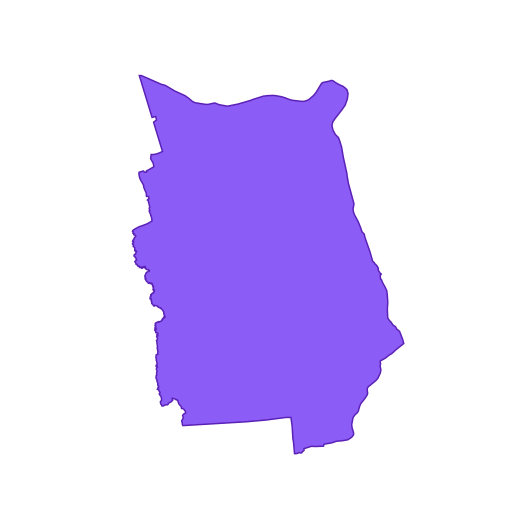 Sai Ngam, Kamphaeng Phet, Thailand, rotated 257°
{"feature_id": "78962969B50416991150341", "entity_name": "Sai Ngam", "entity_type": "district", "adm_level": 2, "iso_a3": "THA", "parent_name": "Thailand", "parent_adm1": "Kamphaeng Phet", "projection": "mercator", "projection_center": [99.833, 16.445], "detail": "fine", "context": "isolated", "style": "filled", "palette": "violet", "viewbox_px": 512, "rotation_deg": 257, "n_neighbors": 0, "source": "geoboundaries", "source_scale": "gbopen_adm2", "svg_char_len": 6130}
<svg xmlns="http://www.w3.org/2000/svg" viewBox="0 0 512 512"><g transform="rotate(257 256 256)"><path d="M107.2,146.6L96.7,209.0L94.0,228.3L91.9,249.3L90.8,253.7L82.5,253.0L69.3,250.8L68.4,250.7L68.1,250.9L54.7,249.1L54.3,251.8L54.7,253.9L54.0,255.2L53.9,256.2L54.9,257.3L55.7,259.0L57.5,259.5L58.1,267.2L57.0,271.1L55.5,279.0L57.3,280.0L56.9,287.8L57.4,292.9L56.6,298.2L56.3,303.5L56.4,304.6L57.8,308.3L58.7,309.6L60.1,311.0L62.4,311.3L66.9,311.0L70.1,311.3L76.1,313.9L77.2,314.7L78.6,316.2L80.6,319.5L82.0,320.9L86.3,323.2L88.4,324.7L92.3,329.6L95.2,332.7L97.0,333.9L101.0,334.3L102.8,335.3L103.5,336.3L107.0,343.5L108.1,345.4L109.6,347.4L113.9,350.7L116.4,351.9L118.3,352.2L120.7,352.1L122.8,353.1L125.1,353.2L125.8,353.6L127.4,359.1L129.4,363.2L130.4,366.4L133.3,371.5L137.5,380.3L142.2,380.1L149.9,379.0L150.8,378.6L153.1,376.7L155.8,376.0L158.0,373.8L161.1,372.8L162.7,371.7L166.0,370.4L174.6,372.0L181.3,374.0L188.8,375.2L192.9,375.6L197.0,374.7L200.6,373.6L205.0,372.8L205.4,372.2L207.5,372.4L209.5,372.8L210.0,373.9L210.5,373.8L211.3,373.1L214.5,372.0L216.8,372.4L219.1,371.7L221.0,370.7L221.5,370.1L223.1,369.7L224.5,368.5L234.4,368.0L249.8,366.3L252.8,366.4L255.8,364.7L260.2,364.3L266.5,363.3L273.3,361.4L275.2,361.0L277.3,360.9L279.9,361.1L284.7,363.2L306.1,362.4L313.5,362.8L315.8,363.1L332.6,363.3L342.9,363.9L349.0,363.5L352.8,363.0L356.6,360.6L361.5,359.3L366.2,359.4L369.5,361.1L372.4,364.3L378.8,372.2L382.9,376.8L388.2,380.2L393.5,382.2L397.5,382.1L399.6,380.7L402.0,378.7L404.0,375.9L407.1,372.5L409.3,370.6L409.8,369.8L410.2,368.4L409.9,367.2L410.0,360.5L409.9,359.6L409.0,358.2L401.9,351.4L399.4,348.1L396.9,343.4L396.3,341.7L395.9,339.4L396.0,337.0L396.5,335.0L399.6,326.3L401.4,323.1L403.6,319.9L405.5,316.6L407.7,311.5L408.6,308.9L409.5,304.2L410.1,299.1L409.3,288.7L408.8,285.3L408.1,272.6L408.4,261.9L411.7,254.2L414.4,250.2L414.5,243.3L415.2,240.7L419.0,231.2L420.8,228.9L424.7,226.0L428.2,222.9L435.0,214.0L442.1,206.6L443.0,205.4L444.7,202.2L457.6,184.9L458.1,182.9L414.4,185.9L414.5,189.6L410.9,189.7L409.4,186.3L378.9,188.4L378.1,184.6L377.8,181.3L378.1,177.9L378.5,176.7L374.5,175.2L369.6,176.7L365.9,176.6L363.5,168.4L362.8,168.6L362.3,167.8L362.7,166.3L364.2,165.3L363.9,160.9L362.6,160.4L358.5,160.2L356.6,160.5L350.2,162.4L348.8,162.1L345.8,162.4L342.3,163.2L338.7,162.7L338.1,164.7L335.8,164.6L335.7,163.9L335.0,162.8L334.3,163.4L327.2,163.5L326.7,162.7L324.1,162.7L323.9,162.0L320.3,162.6L318.9,162.5L318.6,162.9L318.4,162.9L313.6,162.6L312.3,158.8L311.8,156.8L311.0,151.0L310.9,149.0L309.6,144.2L308.6,141.7L307.9,141.8L307.6,141.3L307.0,141.7L305.9,141.2L305.1,142.3L304.2,141.7L303.6,142.8L302.8,143.4L301.8,142.6L300.7,141.1L299.6,140.8L299.0,139.6L298.2,139.1L297.7,139.9L296.9,139.8L296.3,138.7L295.6,138.4L295.3,138.4L294.6,139.2L292.8,138.5L292.3,139.3L291.3,139.7L289.6,139.3L289.1,139.5L288.8,139.1L288.3,139.1L287.8,139.6L287.7,140.6L287.3,140.7L285.8,139.4L284.8,139.0L284.8,137.9L284.2,137.3L283.0,137.3L282.5,138.0L281.6,138.0L281.0,138.7L279.8,138.4L278.9,138.8L278.7,138.7L278.8,138.2L277.8,136.7L276.1,137.3L275.1,137.2L274.5,138.3L273.5,138.2L273.0,138.7L272.5,138.9L272.5,139.4L272.3,140.1L271.1,139.9L271.1,141.3L270.6,141.2L270.4,141.7L269.7,141.9L269.7,142.6L270.0,143.0L270.7,142.8L270.9,144.5L270.7,145.2L270.1,144.5L269.6,144.6L269.8,145.7L268.1,145.8L267.3,146.7L267.0,147.8L266.6,148.4L265.7,148.9L265.3,148.8L265.2,148.6L265.6,148.2L265.7,147.8L264.9,147.1L264.9,146.3L264.3,145.2L261.4,143.1L260.7,143.4L259.6,143.0L259.5,143.3L258.9,143.6L258.7,143.2L258.3,142.9L258.0,143.2L257.5,143.2L255.8,143.7L254.9,144.7L253.6,145.0L253.8,146.3L252.9,146.7L253.4,147.5L252.9,147.8L252.6,148.5L252.2,148.7L251.7,148.2L250.5,148.9L250.1,148.6L249.5,149.2L249.0,148.7L248.6,149.0L248.0,148.7L247.3,148.8L246.8,148.2L246.2,148.1L245.8,148.3L245.7,149.2L245.1,148.9L244.4,149.0L244.1,148.3L243.0,147.8L243.3,147.2L242.8,146.1L242.3,145.9L241.9,144.7L241.3,144.6L241.0,145.0L240.7,145.0L239.8,143.6L238.8,143.5L238.5,143.2L238.0,143.2L237.9,144.3L237.7,144.4L236.6,144.2L236.1,143.7L235.0,144.2L234.5,143.9L233.1,143.7L232.5,144.3L230.4,145.1L230.1,145.6L230.6,146.1L230.5,146.6L229.2,148.9L228.7,148.9L228.7,149.3L228.0,149.5L227.0,150.7L226.9,151.5L226.0,151.5L225.6,152.1L223.7,153.2L223.3,153.1L222.3,153.4L221.2,153.4L220.2,153.1L219.2,153.5L218.4,153.2L217.8,153.7L217.3,153.7L216.9,153.6L217.1,152.4L216.2,152.2L216.4,151.8L216.1,151.1L215.5,151.0L215.4,150.2L214.5,150.1L213.9,149.0L213.9,148.1L213.3,147.1L213.4,146.9L213.9,146.7L214.0,146.5L213.6,145.7L213.9,145.0L213.2,143.7L213.3,143.0L212.9,142.7L212.2,142.9L211.3,142.0L210.8,142.1L210.2,142.6L209.7,142.0L208.9,142.1L208.9,141.5L208.6,141.4L208.4,141.9L207.8,141.9L207.1,142.4L206.8,142.0L207.2,141.0L206.1,140.7L204.9,141.5L204.0,141.1L203.6,141.3L203.5,142.1L203.1,142.7L202.3,142.9L201.8,142.0L201.3,142.5L200.3,142.4L200.3,141.9L200.7,141.5L200.2,141.1L199.4,141.1L198.1,141.5L197.1,141.3L196.0,140.0L194.4,140.3L193.7,139.9L190.2,139.7L188.3,138.9L187.4,139.3L186.3,138.8L185.1,139.0L183.6,138.3L182.9,138.4L182.2,138.1L182.2,136.6L179.6,135.6L178.2,135.8L177.3,135.4L175.1,135.5L172.4,135.3L172.1,135.1L172.2,134.4L171.3,133.8L170.8,134.0L170.3,134.9L169.7,134.9L169.1,133.8L167.7,133.4L166.5,133.8L166.0,133.7L165.2,133.1L163.5,132.6L162.3,132.6L161.6,131.6L160.4,131.5L159.6,131.1L158.9,131.2L158.1,131.8L156.7,131.3L154.2,131.7L152.6,131.3L151.6,131.3L151.1,131.7L150.1,131.7L149.4,131.3L149.5,130.6L148.8,130.4L148.4,129.9L147.2,131.3L146.4,131.1L144.7,131.9L144.4,131.8L143.8,130.9L143.1,130.7L142.6,131.1L141.6,131.2L140.9,131.7L139.8,131.9L137.0,131.7L136.3,130.9L135.8,130.7L135.6,130.1L133.4,129.8L132.6,130.4L131.2,130.5L130.9,131.1L130.7,132.2L131.3,133.1L131.2,135.3L131.0,135.8L131.1,136.8L132.2,137.6L133.1,140.7L134.1,142.3L136.0,142.2L136.3,142.6L136.2,143.0L135.4,143.8L135.1,144.8L134.2,145.4L133.7,146.8L133.0,146.8L132.5,147.4L131.0,147.3L128.7,147.8L126.1,149.2L124.1,149.2L123.8,150.4L123.1,151.1L120.6,152.2L118.8,152.1L118.3,150.0L117.1,148.6L115.3,148.8L114.2,148.4L112.0,146.4L109.8,146.6L108.8,146.3L107.2,146.6Z" fill="#8b5cf6" stroke="#5b21b6" stroke-width="1.5"/></g></svg>